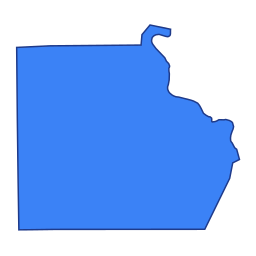 Jackson, Illinois, United States of America (Natural Earth projection), rotated 179°
{"feature_id": "52423323B46425016798066", "entity_name": "Jackson", "entity_type": "district", "adm_level": 2, "iso_a3": "USA", "parent_name": "United States of America", "parent_adm1": "Illinois", "projection": "natural_earth1", "projection_center": [-89.531, 37.759], "detail": "fine", "context": "isolated", "style": "filled", "palette": "blue", "viewbox_px": 256, "rotation_deg": 179, "n_neighbors": 0, "source": "geoboundaries", "source_scale": "gbopen_adm2", "svg_char_len": 1092}
<svg xmlns="http://www.w3.org/2000/svg" viewBox="0 0 256 256"><g transform="rotate(179 128 128)"><path d="M238.8,74.1L238.9,28.1L227.7,28.0L202.5,27.9L53.0,25.4L27.2,75.9L23.9,91.3L17.1,94.6L19.7,104.8L21.7,106.4L24.1,111.2L25.2,112.6L25.6,113.6L25.7,116.3L25.3,119.1L24.0,122.8L23.0,125.1L22.4,127.5L23.2,130.6L23.4,131.4L24.3,132.5L26.4,133.7L30.1,134.8L31.9,134.5L36.9,134.7L39.1,133.5L40.8,132.9L43.6,132.6L44.0,132.9L44.2,133.4L44.1,135.5L44.3,136.5L45.7,137.7L47.2,137.9L49.9,139.5L52.3,141.4L54.5,146.2L56.2,149.4L57.9,151.6L62.0,153.8L64.8,154.8L76.6,158.0L79.6,158.4L82.0,159.4L83.6,160.4L85.8,162.3L86.8,163.8L87.7,166.1L87.7,168.5L86.9,170.8L86.0,175.3L85.7,181.5L86.1,184.2L86.1,187.0L85.6,187.9L85.3,189.2L86.2,191.7L88.4,194.1L90.0,197.6L98.7,207.0L101.8,211.3L102.6,213.0L102.9,214.4L102.8,215.8L102.2,218.1L100.7,219.6L98.6,220.7L95.3,221.1L88.8,219.0L86.9,218.6L85.8,218.8L84.5,219.7L84.1,220.5L83.9,221.7L83.8,225.2L83.7,226.0L104.2,230.6L112.4,221.1L113.5,210.7L204.8,211.5L237.9,210.5L238.5,139.1L238.8,74.1Z" fill="#3b82f6" stroke="#1e3a8a" stroke-width="1.5"/></g></svg>